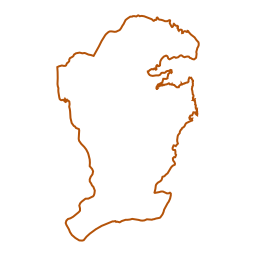 Tanga Urban, Tanga, United Republic of Tanzania (Robinson projection)
{"feature_id": "72390352B10610893489740", "entity_name": "Tanga Urban", "entity_type": "district", "adm_level": 2, "iso_a3": "TZA", "parent_name": "United Republic of Tanzania", "parent_adm1": "Tanga", "projection": "robinson", "projection_center": [39.063, -5.126], "detail": "fine", "context": "isolated", "style": "outline", "palette": "amber", "viewbox_px": 256, "rotation_deg": 0, "n_neighbors": 0, "source": "geoboundaries", "source_scale": "gbopen_adm2", "svg_char_len": 5687}
<svg xmlns="http://www.w3.org/2000/svg" viewBox="0 0 256 256"><path d="M57.3,67.1L57.6,71.9L57.7,78.1L57.5,84.1L57.8,86.3L58.4,88.1L58.3,90.1L58.4,92.0L59.3,97.5L59.7,99.0L60.4,99.7L61.1,100.1L62.2,100.1L63.0,99.8L63.4,99.8L64.3,100.9L64.6,100.4L64.6,99.8L65.0,98.9L65.8,100.1L65.2,100.7L65.2,101.2L65.6,101.9L66.4,101.5L66.4,100.5L67.0,99.8L67.7,100.7L68.4,100.7L69.3,101.6L69.6,104.1L69.2,106.8L69.8,109.1L70.1,111.4L70.5,118.0L71.7,123.0L73.8,125.9L75.1,126.6L75.9,127.9L78.9,129.1L79.2,130.4L78.7,138.9L79.1,140.8L81.2,143.8L84.3,147.0L86.2,149.5L88.0,153.0L88.6,155.0L89.7,159.5L89.9,162.8L89.7,166.2L92.1,169.0L93.1,171.3L92.5,174.3L90.7,176.8L89.7,179.4L89.8,181.5L91.1,183.4L92.0,185.4L93.4,186.9L94.8,190.6L94.4,193.7L93.8,195.4L93.1,196.3L88.4,198.6L85.5,198.7L81.6,201.7L80.1,203.4L79.3,205.6L80.0,208.3L80.0,210.7L78.7,212.2L73.2,216.7L70.4,218.3L68.0,219.0L66.4,220.6L65.7,223.0L66.4,224.9L68.9,229.3L70.0,232.1L71.9,235.0L75.4,238.0L79.3,240.4L82.1,240.6L83.7,240.2L86.5,236.7L89.9,233.6L95.9,229.2L101.6,225.9L112.5,221.4L113.8,221.4L115.3,221.1L116.1,221.9L116.8,221.6L119.7,222.3L121.9,221.0L125.6,219.8L127.6,219.8L130.1,219.5L132.2,218.9L138.6,219.9L140.8,220.5L142.4,220.6L144.4,220.4L146.9,219.3L151.9,219.7L153.0,219.3L154.0,219.2L156.1,218.5L158.9,218.0L159.9,217.7L160.3,217.4L162.5,214.4L163.6,211.8L164.1,209.7L167.6,203.2L168.7,201.7L170.1,198.6L170.8,195.4L170.8,193.5L169.9,192.7L168.7,193.3L167.0,193.4L162.9,191.5L161.2,191.5L159.2,192.1L154.9,192.9L154.5,192.6L155.4,188.9L155.8,185.6L156.2,184.5L157.8,182.7L160.2,181.3L161.3,180.3L161.8,179.3L162.5,176.8L164.4,176.2L165.9,174.6L167.6,173.3L171.1,167.4L172.6,165.8L174.8,164.7L175.0,163.7L174.4,162.1L173.2,160.6L172.9,159.3L172.9,158.2L174.1,157.1L174.6,157.3L175.2,157.2L176.1,154.9L175.4,153.9L175.4,151.2L175.1,150.1L173.2,149.9L172.6,149.0L172.6,147.9L173.6,145.4L174.4,145.5L175.8,146.1L176.4,145.2L177.9,143.6L177.2,141.3L177.2,139.6L177.7,136.1L178.2,134.9L179.7,133.1L179.9,131.5L180.9,129.8L181.6,129.3L181.7,128.8L182.1,128.1L183.8,127.0L184.5,126.2L185.6,123.9L186.3,123.1L191.1,120.8L191.9,120.7L192.2,120.3L191.8,119.8L192.2,118.6L189.7,119.0L189.4,117.9L189.7,117.8L189.9,117.3L189.7,116.9L189.9,116.4L190.4,115.6L192.2,115.3L193.4,112.3L195.1,112.5L195.4,113.3L195.7,112.9L195.9,113.4L196.7,113.7L196.9,114.0L196.8,114.9L197.1,115.1L197.1,114.7L197.4,114.0L196.9,110.9L196.1,110.4L196.9,110.6L196.7,109.8L197.0,109.8L197.0,109.4L196.1,108.8L196.5,108.4L196.1,108.3L195.6,107.2L195.8,106.0L195.6,105.5L195.8,105.2L195.4,104.4L195.2,104.3L195.3,104.0L195.1,101.9L194.7,101.4L194.7,101.0L194.9,100.6L194.5,99.9L194.7,99.3L194.2,99.4L193.7,100.2L193.0,100.1L193.3,99.8L193.0,99.0L192.9,97.5L193.2,97.1L193.2,98.0L193.3,96.8L193.5,96.2L193.5,95.1L194.1,94.9L193.4,95.0L192.8,94.4L192.3,90.7L191.9,89.5L191.9,88.4L192.2,87.7L192.2,86.6L192.9,85.6L192.8,84.6L192.9,83.5L192.6,81.9L193.0,81.5L193.0,80.5L192.1,79.7L191.6,78.4L191.1,77.7L190.3,77.9L189.4,77.5L189.1,78.0L188.5,80.0L188.5,81.6L187.6,82.5L186.3,82.6L185.5,83.1L184.9,83.1L184.3,83.6L183.7,83.6L181.8,84.6L181.6,84.4L181.8,84.1L181.6,83.8L181.6,84.2L181.3,84.1L179.3,85.8L178.9,86.4L179.0,86.5L178.8,87.2L177.0,87.3L175.6,86.4L174.3,85.0L173.6,85.0L173.0,84.6L172.1,84.7L172.0,84.4L171.9,84.6L171.0,84.3L170.0,84.4L169.7,84.3L169.6,83.9L168.9,83.3L166.8,84.3L164.7,84.7L164.0,85.1L163.6,84.7L162.4,84.8L162.3,85.2L162.4,85.4L162.2,85.5L161.6,85.2L161.6,84.7L160.5,85.3L160.5,85.7L159.7,85.8L159.5,85.4L159.0,85.4L157.8,86.3L158.1,86.6L157.7,86.7L157.4,87.5L157.5,87.7L157.3,87.7L157.6,88.1L157.3,88.2L157.3,88.8L157.1,89.0L156.8,89.0L156.4,88.2L156.6,87.1L158.0,84.5L159.3,84.0L162.3,82.4L163.3,78.8L166.3,78.9L167.5,78.3L167.5,77.2L168.0,75.6L168.1,74.3L169.9,72.5L170.6,72.3L171.3,72.9L171.8,72.3L171.4,70.1L170.4,69.9L168.9,70.9L167.4,71.0L166.3,71.4L165.5,72.4L164.1,72.9L163.0,72.7L161.5,72.9L160.0,74.8L158.7,75.4L156.0,75.4L152.7,75.9L150.7,75.5L149.7,75.0L148.8,74.0L147.8,72.0L147.8,71.4L148.6,71.3L149.5,70.3L151.5,69.1L152.5,69.1L153.1,69.4L154.3,68.5L155.7,69.7L156.2,69.5L156.5,69.1L156.1,67.8L156.2,66.7L156.5,65.7L157.1,65.1L157.5,65.2L158.1,66.2L159.3,66.0L160.0,65.4L160.2,61.9L160.7,60.5L161.7,58.8L163.8,56.6L166.1,55.6L167.3,56.2L167.8,57.1L168.2,58.3L168.9,59.0L169.6,59.3L173.7,57.1L174.6,57.1L175.9,57.8L178.0,57.3L180.1,55.6L181.1,55.3L182.0,55.7L183.4,56.8L184.6,57.2L186.1,56.7L187.7,56.5L188.9,56.7L189.8,57.8L191.2,58.3L192.3,59.0L194.0,59.4L194.9,58.8L196.1,57.7L196.6,53.8L196.3,52.0L197.4,47.9L198.2,46.6L198.7,45.1L198.7,43.3L198.4,42.2L196.4,40.0L194.6,37.4L190.9,34.5L188.9,32.3L188.2,31.1L187.6,30.9L187.3,31.9L186.5,31.9L185.8,31.4L184.6,31.2L183.3,31.8L182.9,33.0L182.1,33.1L182.1,31.4L181.7,29.9L180.8,29.6L179.4,30.0L178.9,30.8L178.3,30.1L178.0,28.1L177.5,28.1L177.4,27.8L177.9,26.9L178.0,26.4L177.3,25.8L176.3,25.8L175.5,25.5L173.9,23.8L173.6,24.1L173.6,24.6L173.2,25.9L172.5,26.9L172.0,27.0L171.4,26.3L169.7,23.1L170.1,21.0L170.1,20.5L169.8,20.2L169.3,20.2L167.3,21.2L165.0,21.2L162.9,20.3L161.1,19.8L159.3,19.6L158.6,19.2L157.5,17.6L157.2,17.5L156.7,17.9L156.3,19.7L155.8,20.0L154.9,19.9L153.9,20.8L153.5,20.8L151.7,19.2L144.2,16.3L141.7,15.9L139.7,16.2L138.5,15.4L138.0,15.4L136.3,16.5L134.2,16.1L132.8,16.2L132.2,16.6L130.2,16.7L127.5,18.5L125.6,20.0L123.4,24.4L122.6,25.4L121.0,28.3L119.7,30.0L116.1,31.7L114.5,31.8L111.7,31.4L109.9,31.4L108.5,32.0L106.2,34.0L105.2,35.2L101.6,41.0L98.8,46.6L93.6,55.9L90.8,55.0L88.5,54.6L85.6,53.3L84.5,53.0L82.3,53.3L79.6,52.6L76.0,53.3L74.0,54.6L73.4,56.0L72.6,56.7L69.9,58.2L69.2,59.7L69.3,60.7L69.1,61.3L67.9,62.6L66.9,63.3L66.1,65.3L65.6,65.7L65.0,65.9L63.9,65.9L61.9,65.5L59.0,66.3L57.3,67.1Z" fill="none" stroke="#b45309" stroke-width="2"/></svg>